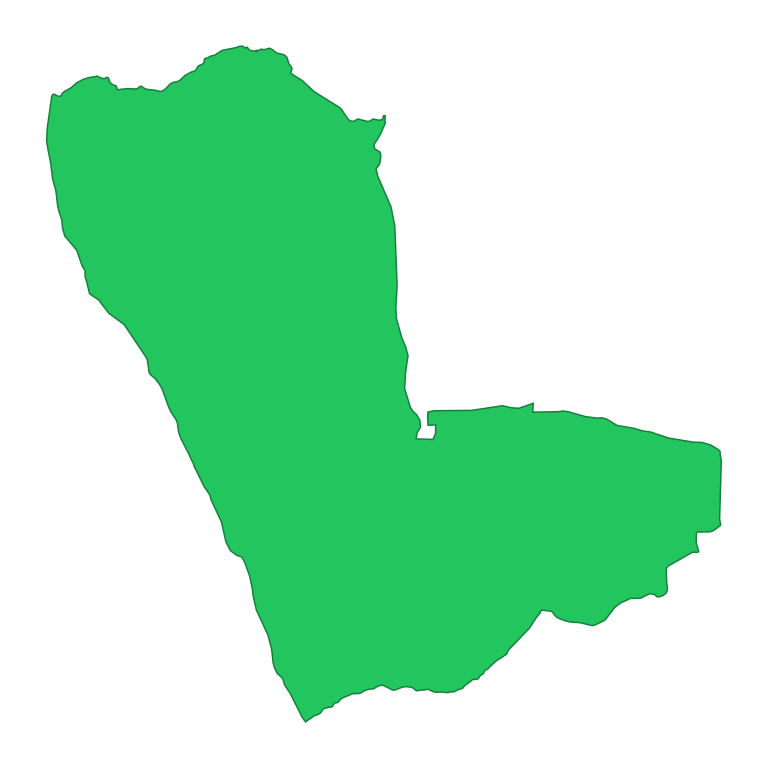 Kunene, Natural Earth projection
{"feature_id": "NAM-3347", "entity_name": "Kunene", "entity_type": "Region", "adm_level": 1, "iso_a3": "NAM", "parent_name": "Namibia", "parent_adm1": "", "projection": "natural_earth1", "projection_center": [13.973, -19.069], "detail": "fine", "context": "isolated", "style": "filled", "palette": "green", "viewbox_px": 768, "rotation_deg": 0, "n_neighbors": 0, "source": "natural_earth", "source_scale": "10m", "svg_char_len": 4956}
<svg xmlns="http://www.w3.org/2000/svg" viewBox="0 0 768 768"><path d="M242.6,46.1L245.2,48.2L246.9,47.1L247.9,48.0L248.8,49.5L250.3,50.4L253.3,50.9L254.9,51.0L256.3,50.4L256.3,51.5L259.8,49.7L261.9,49.1L262.8,49.8L263.7,49.9L267.0,48.9L269.4,48.2L271.8,49.2L276.6,52.9L279.0,53.7L282.3,54.2L285.1,55.5L287.1,57.7L288.9,64.0L290.9,66.1L292.0,68.7L290.7,73.3L302.3,80.6L314.1,91.6L327.2,99.8L339.9,107.8L341.6,109.5L347.8,118.9L349.8,120.7L352.9,121.4L354.6,121.0L356.7,119.5L358.0,119.1L359.5,119.3L362.0,120.2L364.9,120.6L367.1,121.4L368.7,121.4L370.2,120.9L372.3,119.5L373.2,119.1L379.2,120.2L382.2,119.7L383.5,116.5L383.6,115.7L385.2,115.8L385.1,119.1L384.6,120.7L385.5,121.8L384.8,124.5L382.2,130.0L381.0,133.3L376.7,140.5L374.0,144.2L374.4,148.4L380.1,152.2L380.8,155.9L380.4,160.0L379.8,163.1L378.6,165.6L376.0,168.8L377.8,176.3L390.9,206.5L394.8,225.9L397.1,285.4L395.8,307.9L396.5,318.9L401.9,338.1L405.6,346.7L408.0,355.7L405.6,372.1L404.6,388.5L410.3,407.1L413.0,411.4L416.8,414.9L419.9,420.3L420.4,427.4L418.9,430.0L417.3,432.2L416.1,438.9L433.0,439.4L435.5,433.5L435.7,424.9L428.1,425.3L427.6,418.5L427.9,412.1L434.2,410.7L471.4,410.4L502.5,405.7L510.8,407.7L518.9,408.3L533.2,403.3L532.8,412.1L558.0,411.7L562.9,411.0L568.3,411.8L585.4,416.6L596.8,418.1L601.8,417.8L606.5,419.0L617.2,425.5L633.4,428.2L642.9,431.0L650.6,432.0L668.7,438.1L693.7,442.2L701.8,442.4L710.4,444.9L718.4,449.7L720.0,451.2L720.1,453.7L721.3,460.7L719.6,519.1L720.7,525.2L713.2,530.8L709.4,531.9L697.5,532.0L696.8,532.4L696.4,532.9L696.2,541.9L696.3,543.5L698.5,550.4L698.6,551.8L697.7,552.2L696.5,552.3L692.5,552.2L668.4,565.9L667.0,567.3L666.3,568.5L666.6,581.4L667.3,586.9L667.4,588.7L667.1,590.7L666.3,592.8L664.8,594.2L662.9,595.4L660.9,596.4L658.9,596.9L656.9,596.7L654.6,594.6L652.5,594.1L650.5,593.8L648.8,594.2L647.7,594.6L640.9,598.1L639.6,598.3L631.3,598.4L630.0,598.6L620.5,603.0L616.0,606.4L614.1,608.2L605.5,619.5L603.4,621.0L595.2,624.8L593.3,625.5L591.3,625.4L580.2,622.7L570.9,622.1L564.9,620.7L559.2,618.5L556.5,617.0L554.5,615.1L553.5,613.4L552.6,612.3L551.5,611.3L541.8,610.1L540.5,611.6L539.7,613.5L536.4,617.5L528.9,628.9L527.8,629.8L509.0,649.5L507.6,651.4L507.0,653.5L506.2,654.3L499.8,658.7L496.8,660.4L489.6,666.9L488.4,668.5L487.5,669.2L485.3,670.2L484.8,670.6L484.5,671.1L483.6,673.1L483.0,673.9L482.2,674.5L481.3,675.0L480.1,675.8L479.4,676.7L478.8,677.9L478.2,678.6L477.6,679.1L476.0,679.3L473.3,679.5L472.7,679.6L472.1,680.0L468.8,682.8L465.8,684.7L464.7,685.7L463.3,687.5L462.4,688.3L461.6,688.7L460.4,688.9L458.0,689.8L454.6,691.5L453.5,691.9L450.8,691.9L449.6,692.1L447.6,692.6L446.7,692.6L442.5,692.1L435.0,692.2L434.0,692.0L429.0,689.7L428.2,689.4L427.1,689.4L425.9,689.6L424.0,690.0L420.4,690.1L417.1,690.8L416.2,690.6L415.6,690.2L412.7,687.8L412.0,687.5L411.3,687.2L405.5,686.6L402.0,687.3L395.1,689.9L394.4,690.1L393.5,690.1L392.7,690.0L391.9,689.7L383.5,685.5L382.4,685.3L381.1,685.4L378.8,685.8L377.5,686.4L376.3,687.1L374.8,688.1L373.8,688.7L372.9,688.9L369.1,689.2L366.2,690.0L364.3,690.8L360.7,692.9L359.7,693.4L358.9,693.5L352.8,693.7L342.7,697.8L339.9,700.0L338.1,702.3L337.1,702.7L334.9,702.9L334.2,703.3L333.7,704.1L333.3,705.1L332.7,706.3L332.0,706.8L330.7,707.1L329.0,707.2L324.4,708.5L323.3,709.1L322.7,709.6L321.2,712.1L320.0,713.4L318.8,714.1L314.1,715.9L305.5,721.9L302.1,717.2L290.1,693.2L284.5,684.8L282.8,678.9L280.9,676.7L277.2,673.4L274.5,667.9L273.1,662.6L271.7,649.4L268.0,635.2L256.3,609.8L253.1,595.7L252.4,589.0L249.6,576.0L244.8,562.5L241.7,557.0L236.3,555.1L230.4,550.6L225.9,541.8L221.5,522.1L211.0,499.6L209.8,494.9L204.0,486.4L194.1,466.1L192.9,462.4L191.5,460.1L188.0,452.1L186.9,450.3L180.8,438.3L179.0,433.3L178.3,430.2L177.4,422.9L175.9,419.4L171.6,413.1L168.8,407.5L162.2,389.1L159.4,384.2L155.3,378.8L150.4,374.6L149.1,372.4L147.5,360.9L146.3,357.6L124.2,324.6L109.0,313.4L102.4,305.0L101.6,304.1L99.2,300.4L97.8,299.5L96.5,298.5L89.7,293.9L87.5,285.5L87.0,282.6L85.3,277.7L85.1,275.8L85.1,274.2L85.0,272.6L85.2,271.0L82.1,265.9L76.8,250.3L75.9,249.2L64.8,236.1L62.7,228.9L61.7,219.6L59.2,212.0L57.7,206.3L55.9,190.9L52.7,179.3L50.6,162.9L49.0,154.7L48.0,149.5L46.7,141.0L47.2,128.5L51.7,96.4L53.1,94.2L55.0,94.5L57.3,95.9L58.8,96.3L60.8,96.0L61.5,95.3L61.7,94.3L62.5,93.0L65.0,91.1L70.6,88.1L76.9,82.7L82.5,79.7L88.7,77.6L94.9,76.7L95.9,76.4L96.7,76.1L97.7,76.1L99.1,77.2L103.7,78.7L105.2,78.4L106.0,77.6L106.6,77.2L107.9,77.7L108.7,78.6L109.1,79.6L109.3,80.9L109.8,82.1L110.6,83.0L111.9,84.1L113.4,85.0L114.9,85.4L116.2,86.1L116.8,87.6L117.2,89.1L117.6,89.7L127.4,88.6L136.2,89.0L138.1,88.1L140.0,86.4L141.4,86.3L144.6,88.5L147.1,89.4L155.1,90.2L159.9,91.4L161.6,91.3L164.9,89.4L170.9,83.4L174.2,82.1L177.6,81.5L180.2,80.1L184.9,75.5L190.9,72.2L195.5,70.6L196.4,69.2L197.5,66.9L198.8,65.7L199.8,65.2L202.2,64.3L203.4,63.4L204.0,62.0L204.2,60.2L204.8,58.6L208.1,57.6L210.7,56.1L214.9,55.1L222.0,50.4L236.6,47.5L239.7,46.3L242.6,46.1Z" fill="#22c55e" stroke="#15803d" stroke-width="1.5"/></svg>